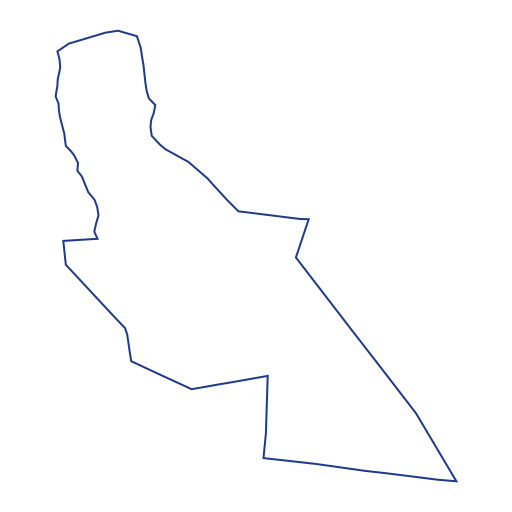 Sussuapara, Piauí, Brazil
{"feature_id": "56859067B50131316472878", "entity_name": "Sussuapara", "entity_type": "district", "adm_level": 2, "iso_a3": "BRA", "parent_name": "Brazil", "parent_adm1": "Piauí", "projection": "robinson", "projection_center": [-41.387, -7.006], "detail": "fine", "context": "isolated", "style": "outline", "palette": "blue", "viewbox_px": 512, "rotation_deg": 0, "n_neighbors": 0, "source": "geoboundaries", "source_scale": "gbopen_adm2", "svg_char_len": 983}
<svg xmlns="http://www.w3.org/2000/svg" viewBox="0 0 512 512"><path d="M118.0,30.7L105.3,32.7L68.8,43.6L57.4,51.4L59.5,59.2L60.2,67.7L57.7,79.6L57.4,85.8L55.6,96.3L58.5,103.5L58.9,110.2L60.0,117.1L64.3,133.7L65.8,145.9L70.6,150.8L74.2,155.4L78.0,163.0L77.4,170.8L81.9,176.5L84.9,184.0L88.2,192.1L94.6,199.9L97.2,207.1L98.5,215.3L96.0,223.9L94.3,231.7L97.5,238.8L63.3,240.9L65.8,264.7L110.7,313.0L117.0,319.7L125.1,328.2L127.2,334.5L129.9,353.1L131.2,361.2L149.4,369.7L161.0,375.1L191.6,389.2L219.4,384.3L229.1,382.7L267.7,375.9L265.9,433.3L263.5,458.1L315.6,463.9L364.5,470.8L385.8,473.2L437.6,479.7L456.4,481.3L416.0,413.3L381.6,368.6L351.9,330.3L295.9,257.5L308.7,219.2L300.1,219.0L238.4,211.3L227.2,200.1L213.8,185.5L207.7,178.6L188.4,161.9L180.9,157.8L165.2,149.1L159.6,144.3L151.7,135.8L150.5,126.7L151.2,120.0L153.8,112.9L155.3,105.1L148.8,98.3L146.7,91.1L145.5,83.5L143.4,64.6L141.9,55.9L140.7,47.7L136.9,36.2L118.0,30.7Z" fill="none" stroke="#1e3a8a" stroke-width="2"/></svg>